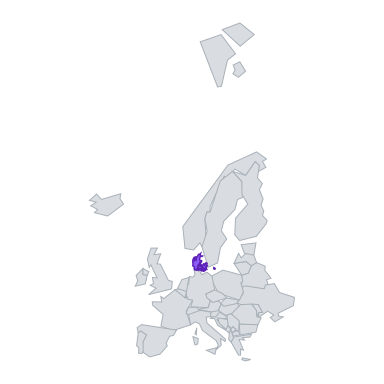 where Denmark sits in Europe
{"feature_id": "DNK", "entity_name": "Denmark", "entity_type": "country or territory", "adm_level": 0, "iso_a3": "DNK", "parent_name": "Europe", "parent_adm1": "", "projection": "mercator", "projection_center": [10.731, 56.183], "detail": "fine", "context": "in_parent", "style": "filled", "palette": "violet", "viewbox_px": 384, "rotation_deg": 0, "n_neighbors": 37, "source": "natural_earth", "source_scale": "50m", "svg_char_len": 10664}
<svg xmlns="http://www.w3.org/2000/svg" viewBox="0 0 384 384"><path d="M200.2,41.8L221.0,34.6L235.5,53.7L227.5,60.1L221.4,86.3L217.6,86.9L200.2,41.8ZM265.9,167.3L257.9,171.8L259.3,165.4L255.2,161.7L245.7,175.4L234.6,169.0L230.2,177.6L224.2,176.2L210.1,206.6L210.1,212.1L207.0,211.9L204.9,218.6L206.1,238.8L202.0,246.7L199.9,242.9L193.6,250.0L185.0,248.4L182.8,226.6L228.0,165.0L256.6,151.9L266.5,159.0L262.4,161.5L265.9,167.3ZM254.2,34.5L240.2,46.2L222.2,29.6L239.9,23.0L254.2,34.5ZM245.6,71.2L238.5,77.2L232.9,73.8L235.1,69.9L233.2,65.0L239.8,61.8L245.6,71.2Z" fill="#d9dde1" stroke="#a8b0b8" stroke-width="1"/><path d="M175.0,289.7L192.7,300.2L186.2,311.1L190.6,324.8L172.8,330.7L160.9,326.0L163.2,314.4L152.7,305.3L152.3,301.8L161.8,302.0L160.8,296.5L163.8,298.6L175.0,289.7ZM194.9,333.9L196.8,327.8L196.3,334.8L194.9,333.9Z" fill="#d9dde1" stroke="#a8b0b8" stroke-width="1"/><path d="M202.0,246.7L207.1,231.2L204.9,218.6L207.0,211.9L210.1,212.1L220.3,180.9L232.6,171.4L241.9,181.6L243.0,197.3L237.5,199.5L235.0,209.4L223.7,221.3L221.4,230.9L226.7,239.0L220.5,247.6L217.5,263.0L208.1,267.2L202.0,246.7Z" fill="#d9dde1" stroke="#a8b0b8" stroke-width="1"/><path d="M256.6,262.6L265.2,266.2L264.8,270.3L271.0,278.2L266.6,279.7L268.1,284.8L264.2,288.8L241.8,287.5L241.7,275.2L248.2,273.2L251.3,265.8L256.6,262.6Z" fill="#d9dde1" stroke="#a8b0b8" stroke-width="1"/><path d="M278.4,316.0L283.2,316.9L274.8,321.8L270.2,317.5L273.8,315.1L267.7,311.2L258.2,317.6L258.8,312.4L262.5,312.5L258.2,304.5L246.1,306.4L237.2,303.1L243.1,293.3L241.8,287.5L245.1,285.9L264.2,288.8L265.4,285.1L274.4,283.6L279.5,292.5L294.5,297.4L293.4,305.6L278.2,313.2L278.4,316.0Z" fill="#d9dde1" stroke="#a8b0b8" stroke-width="1"/><path d="M241.7,275.2L242.7,281.7L240.8,282.8L243.4,291.9L239.4,300.2L218.4,293.3L211.7,280.2L211.9,276.0L223.0,270.1L241.7,275.2Z" fill="#d9dde1" stroke="#a8b0b8" stroke-width="1"/><path d="M221.0,304.5L217.9,311.3L213.5,312.5L197.1,309.3L208.1,307.6L210.2,300.9L219.5,301.3L221.0,304.5Z" fill="#d9dde1" stroke="#a8b0b8" stroke-width="1"/><path d="M237.2,303.1L239.2,305.7L233.8,313.0L225.7,315.5L218.5,310.5L221.0,304.5L237.2,303.1Z" fill="#d9dde1" stroke="#a8b0b8" stroke-width="1"/><path d="M251.7,304.1L258.2,304.5L262.5,312.5L258.8,312.4L256.8,316.8L256.5,310.7L251.7,304.1Z" fill="#d9dde1" stroke="#a8b0b8" stroke-width="1"/><path d="M256.8,316.8L261.2,317.7L257.8,324.7L240.0,324.2L231.3,313.9L240.6,304.6L251.7,304.1L256.5,310.7L256.8,316.8Z" fill="#d9dde1" stroke="#a8b0b8" stroke-width="1"/><path d="M251.3,265.8L248.2,273.2L241.7,275.2L234.0,263.4L246.1,261.5L251.3,265.8Z" fill="#d9dde1" stroke="#a8b0b8" stroke-width="1"/><path d="M253.8,255.1L256.6,262.6L251.3,265.8L246.1,261.5L234.0,263.4L238.6,253.4L241.2,257.8L247.0,252.1L253.8,255.1Z" fill="#d9dde1" stroke="#a8b0b8" stroke-width="1"/><path d="M256.0,242.9L253.8,255.1L244.3,253.2L241.2,244.7L256.0,242.9Z" fill="#d9dde1" stroke="#a8b0b8" stroke-width="1"/><path d="M211.9,276.0L214.7,289.9L205.9,294.1L210.2,300.9L208.1,307.6L190.7,306.9L192.7,300.2L188.1,299.3L186.2,294.8L186.0,286.1L188.7,284.1L189.5,276.4L192.8,277.3L195.0,274.6L194.1,269.4L198.5,269.3L201.8,274.7L206.8,272.2L211.9,276.0Z" fill="#d9dde1" stroke="#a8b0b8" stroke-width="1"/><path d="M239.1,322.4L240.0,324.2L257.8,324.7L256.0,332.1L240.0,335.0L239.1,322.4Z" fill="#d9dde1" stroke="#a8b0b8" stroke-width="1"/><path d="M250.6,359.5L245.6,361.0L241.8,359.6L242.4,357.9L250.6,359.5ZM233.8,337.1L251.6,334.0L249.9,337.1L242.4,337.7L244.6,340.1L239.0,339.5L243.5,350.2L240.5,349.1L240.6,355.1L238.5,355.1L231.1,342.1L233.8,337.1Z" fill="#d9dde1" stroke="#a8b0b8" stroke-width="1"/><path d="M233.8,337.1L231.1,342.1L228.7,339.5L229.8,329.2L233.8,337.1Z" fill="#d9dde1" stroke="#a8b0b8" stroke-width="1"/><path d="M219.7,312.1L228.7,317.9L217.1,319.8L225.7,330.1L217.9,325.6L214.4,318.6L210.4,318.4L219.7,312.1Z" fill="#d9dde1" stroke="#a8b0b8" stroke-width="1"/><path d="M197.5,307.4L199.9,312.2L190.1,315.5L186.1,313.2L188.4,307.3L197.5,307.4Z" fill="#d9dde1" stroke="#a8b0b8" stroke-width="1"/><path d="M185.4,295.0L186.6,298.0L185.0,297.7L185.4,295.0Z" fill="#d9dde1" stroke="#a8b0b8" stroke-width="1"/><path d="M186.5,291.4L185.0,297.7L175.0,289.7L182.8,288.0L186.5,291.4Z" fill="#d9dde1" stroke="#a8b0b8" stroke-width="1"/><path d="M188.9,277.5L186.5,291.4L177.5,288.6L181.9,279.6L188.9,277.5Z" fill="#d9dde1" stroke="#a8b0b8" stroke-width="1"/><path d="M138.2,332.7L140.7,330.9L146.6,334.8L143.1,342.1L144.6,348.5L142.0,353.4L138.6,353.3L138.8,347.7L136.6,345.8L138.2,332.7Z" fill="#d9dde1" stroke="#a8b0b8" stroke-width="1"/><path d="M143.2,352.4L143.1,342.1L146.6,334.8L140.7,330.9L138.2,332.7L137.1,327.7L141.6,324.6L176.5,330.1L173.6,335.4L169.5,336.3L166.1,343.4L167.3,345.8L160.1,354.1L149.8,356.9L143.2,352.4Z" fill="#d9dde1" stroke="#a8b0b8" stroke-width="1"/><path d="M147.2,275.4L145.3,283.9L135.2,286.2L137.8,280.8L136.1,275.4L142.9,268.5L142.9,274.4L147.2,275.4Z" fill="#d9dde1" stroke="#a8b0b8" stroke-width="1"/><path d="M200.2,310.3L210.9,312.1L211.3,316.3L206.2,317.3L207.0,323.0L225.4,339.1L225.2,341.4L220.6,338.7L221.2,345.1L216.9,349.1L218.2,344.8L216.0,340.4L202.6,330.6L199.4,323.8L195.2,321.8L190.6,324.8L188.7,314.5L200.2,310.3ZM206.5,350.3L216.3,347.8L215.0,354.3L206.5,350.3ZM192.9,336.6L198.2,338.5L197.7,344.0L195.0,345.1L192.9,336.6Z" fill="#d9dde1" stroke="#a8b0b8" stroke-width="1"/><path d="M147.2,275.4L142.9,274.4L142.9,268.5L148.9,271.7L147.2,275.4ZM157.1,277.9L150.9,264.8L149.2,267.5L147.4,259.1L151.0,248.1L157.4,248.1L154.0,254.6L160.7,253.8L157.0,263.8L160.3,264.1L168.4,280.4L172.3,281.4L171.6,288.9L148.6,294.6L156.1,288.2L150.2,285.3L153.5,283.7L152.4,277.4L157.1,277.9Z" fill="#d9dde1" stroke="#a8b0b8" stroke-width="1"/><path d="M120.8,193.7L120.0,198.8L123.6,204.1L107.6,216.0L94.5,212.7L97.6,209.5L90.7,205.8L96.2,202.1L89.5,200.4L96.5,194.1L101.5,199.4L120.8,193.7Z" fill="#d9dde1" stroke="#a8b0b8" stroke-width="1"/><path d="M210.9,312.1L218.5,310.5L219.7,312.1L215.7,316.9L210.6,316.7L210.9,312.1Z" fill="#d9dde1" stroke="#a8b0b8" stroke-width="1"/><path d="M259.3,165.4L257.5,177.9L262.3,183.6L259.4,189.8L263.1,198.9L261.0,205.4L263.8,210.9L262.5,215.6L267.2,220.5L266.0,224.0L256.3,236.3L239.7,240.5L234.8,234.9L235.5,218.2L247.8,204.2L241.9,194.2L241.9,181.6L232.6,171.4L245.7,175.4L255.2,161.7L259.3,165.4Z" fill="#d9dde1" stroke="#a8b0b8" stroke-width="1"/><path d="M238.7,299.9L236.6,303.6L223.8,306.3L220.7,302.9L226.0,297.9L238.7,299.9Z" fill="#d9dde1" stroke="#a8b0b8" stroke-width="1"/><path d="M214.7,289.9L222.8,293.6L226.9,297.9L212.6,302.5L206.8,297.6L205.9,294.1L214.7,289.9Z" fill="#d9dde1" stroke="#a8b0b8" stroke-width="1"/><path d="M226.0,329.3L219.3,323.3L217.7,317.9L228.6,319.6L228.9,325.3L226.0,329.3Z" fill="#d9dde1" stroke="#a8b0b8" stroke-width="1"/><path d="M238.2,330.8L240.0,335.0L232.5,336.0L233.0,331.9L238.2,330.8Z" fill="#d9dde1" stroke="#a8b0b8" stroke-width="1"/><path d="M226.9,314.9L231.3,313.9L239.2,320.9L238.7,330.2L235.6,331.1L233.2,326.6L231.4,328.6L228.1,325.5L226.9,314.9Z" fill="#d9dde1" stroke="#a8b0b8" stroke-width="1"/><path d="M230.8,329.6L228.6,332.7L225.7,330.1L228.1,325.5L230.8,329.6Z" fill="#d9dde1" stroke="#a8b0b8" stroke-width="1"/><path d="M232.5,332.8L230.8,329.6L232.6,326.9L236.2,329.2L232.5,332.8Z" fill="#d9dde1" stroke="#a8b0b8" stroke-width="1"/><path d="M197.9,270.2L197.7,270.1L197.2,270.1L196.7,270.3L196.4,270.3L196.2,270.1L195.3,269.8L195.1,269.8L194.5,269.8L194.5,269.3L194.4,269.0L194.2,268.5L194.5,268.4L194.5,267.4L194.4,266.9L193.5,266.4L192.8,265.9L193.0,264.2L193.1,263.7L192.8,262.8L192.8,261.8L192.9,260.1L193.1,260.1L193.3,260.1L193.9,260.4L194.2,260.4L194.3,260.7L194.5,260.8L194.7,260.5L194.8,260.0L195.2,259.4L195.6,259.2L195.8,259.0L196.0,259.3L196.2,259.6L196.3,259.0L196.4,257.8L195.9,257.6L195.6,257.8L195.2,258.5L194.9,259.4L194.3,259.5L193.9,259.8L193.5,259.5L193.3,259.3L193.3,258.9L193.3,258.7L193.8,257.9L194.4,257.2L195.0,257.2L195.4,257.0L195.7,256.9L196.5,257.0L197.0,256.8L197.4,256.5L198.2,255.0L198.7,254.4L199.6,254.2L200.5,253.5L200.3,254.0L200.2,254.2L200.2,254.5L200.5,255.2L200.4,255.6L200.4,256.4L200.2,256.8L199.9,257.7L199.7,257.9L199.7,258.9L199.7,259.1L199.7,260.1L200.0,260.4L200.3,260.6L201.5,260.6L201.6,260.8L201.7,261.1L201.6,261.6L201.5,261.9L201.2,262.2L200.8,262.5L200.5,262.5L200.1,262.0L199.8,262.4L199.5,263.6L199.4,264.4L199.1,264.3L198.8,264.3L198.5,264.5L198.8,265.0L198.5,265.3L198.2,265.6L198.1,265.8L197.7,266.1L197.5,266.5L197.6,266.9L197.6,267.3L197.7,267.7L197.6,268.1L197.2,268.6L197.0,269.0L197.4,269.0L197.6,269.1L197.8,269.2L197.9,269.4L197.8,269.6L197.9,270.2ZM206.9,264.8L207.0,265.4L206.9,265.6L206.4,265.8L206.2,265.9L205.9,266.2L205.8,266.6L206.0,266.9L206.4,267.1L206.5,267.6L206.2,267.9L205.4,268.2L205.3,268.8L205.4,269.4L205.4,269.7L205.3,270.3L204.7,270.5L204.3,269.7L204.3,269.4L204.2,269.0L204.2,268.7L204.0,268.2L203.5,268.1L203.3,268.0L202.9,268.1L202.5,267.4L202.6,266.6L202.4,266.2L202.3,265.9L202.2,265.7L201.9,265.2L202.1,265.1L202.7,265.1L202.8,265.1L203.0,265.0L203.4,264.3L203.4,264.1L203.5,263.9L204.0,263.9L204.2,264.1L204.1,264.6L204.2,265.2L204.4,265.3L204.6,265.3L204.7,264.9L204.8,264.7L204.9,264.2L204.7,263.8L205.3,263.3L205.8,262.9L206.2,262.9L206.5,263.0L206.8,263.1L207.0,263.2L207.1,263.4L206.9,263.8L206.8,264.1L206.9,264.8ZM200.8,265.8L201.0,266.1L201.1,266.7L201.4,267.4L201.3,267.7L201.3,268.1L201.3,268.5L200.8,268.9L200.2,269.0L199.6,268.7L198.7,268.3L198.7,268.1L198.3,267.2L198.3,266.4L198.8,266.2L199.7,265.8L199.9,265.9L200.1,266.1L200.4,266.1L200.8,265.8L200.8,265.8ZM203.1,269.8L203.7,270.2L204.0,270.2L204.3,270.3L204.4,270.5L204.4,271.0L204.1,271.1L203.8,271.1L203.4,271.3L202.1,270.5L202.1,269.8L202.1,269.6L202.8,269.5L203.1,269.8ZM215.0,269.1L214.8,269.2L214.3,269.0L213.7,268.7L213.8,267.9L213.9,267.6L215.1,268.4L215.1,268.7L215.0,269.1ZM201.1,270.6L200.8,270.2L201.0,269.8L201.1,269.4L201.5,268.9L201.7,268.4L201.8,268.4L201.7,268.9L201.2,270.3L201.1,270.6ZM199.0,269.9L198.6,269.9L198.2,269.8L198.0,268.9L198.8,269.3L199.0,269.7L199.0,269.9ZM206.9,269.4L206.8,269.5L206.3,269.4L205.7,269.8L205.5,269.7L205.7,269.4L205.8,269.3L206.0,269.1L206.0,268.9L206.1,269.0L206.5,269.1L206.8,269.2L206.9,269.4ZM200.7,264.8L200.4,264.5L200.5,264.1L200.4,263.9L200.5,263.7L200.8,264.1L200.9,264.3L200.8,264.6L200.7,264.8ZM202.1,256.4L202.0,256.5L201.6,256.3L201.7,256.0L202.2,255.9L202.5,256.0L202.2,256.2L202.1,256.4ZM200.3,270.1L200.1,270.1L199.9,270.0L199.5,269.6L199.4,269.4L199.6,269.5L199.9,269.8L200.1,269.8L200.4,270.0L200.3,270.1ZM207.3,265.9L207.0,266.1L206.9,266.1L206.8,265.8L207.0,265.6L207.0,265.4L207.2,265.6L207.3,265.9Z" fill="#8b5cf6" stroke="#5b21b6" stroke-width="1.5"/></svg>